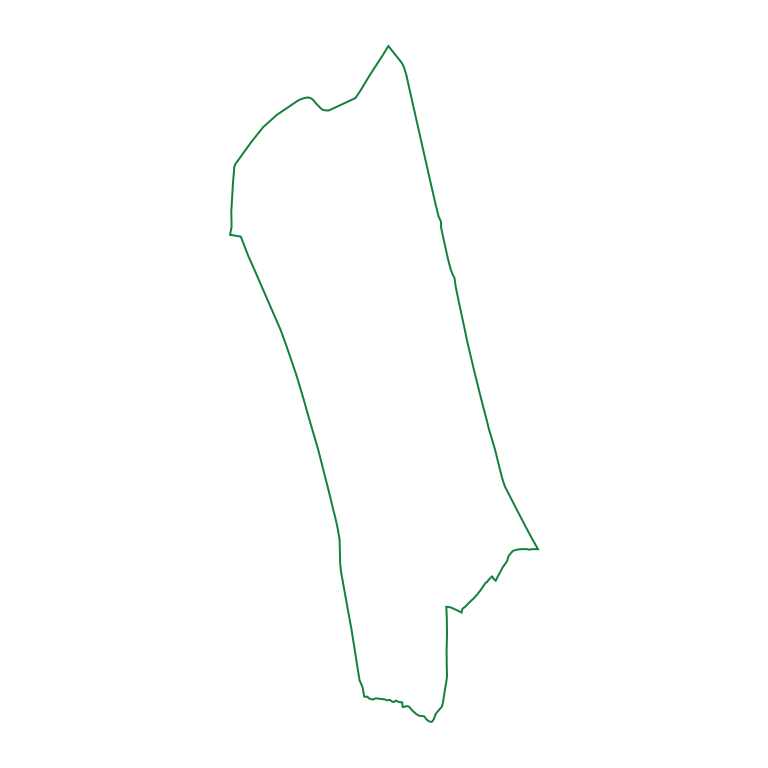 Tan Phu, Hồ Chí Minh city, Vietnam (Equal Earth projection)
{"feature_id": "81297802B97138813252769", "entity_name": "Tan Phu", "entity_type": "district", "adm_level": 2, "iso_a3": "VNM", "parent_name": "Vietnam", "parent_adm1": "Hồ Chí Minh city", "projection": "equal_earth", "projection_center": [106.631, 10.791], "detail": "fine", "context": "isolated", "style": "outline", "palette": "green", "viewbox_px": 768, "rotation_deg": 0, "n_neighbors": 0, "source": "geoboundaries", "source_scale": "gbopen_adm2", "svg_char_len": 2330}
<svg xmlns="http://www.w3.org/2000/svg" viewBox="0 0 768 768"><path d="M359.5,680.1L360.3,682.0L362.3,686.5L362.7,688.2L363.5,692.4L364.1,696.0L364.5,696.8L365.6,696.7L367.2,696.7L368.1,697.3L368.7,698.3L372.7,699.6L375.7,698.3L378.4,698.6L384.5,699.4L387.3,700.3L389.7,699.9L390.3,700.2L392.1,701.6L393.1,702.0L394.1,701.9L395.9,700.7L396.9,701.1L398.7,701.9L400.3,702.3L401.7,702.1L402.2,702.5L402.5,705.1L402.5,706.6L403.0,707.1L404.9,706.6L406.5,706.1L408.0,706.3L409.1,706.7L411.9,710.1L413.3,711.4L415.6,713.5L417.7,715.0L419.4,715.8L422.6,716.1L424.1,716.3L425.3,717.7L426.2,719.2L427.6,720.3L429.1,721.3L430.8,721.9L431.7,721.9L432.6,721.0L433.7,719.4L434.5,717.3L435.7,714.1L435.8,713.7L442.0,706.5L442.9,702.8L445.1,688.7L446.5,680.4L447.0,676.5L446.7,663.3L446.6,650.4L447.0,634.9L446.8,617.8L446.3,606.8L450.5,607.3L452.0,608.0L461.6,612.5L462.5,608.7L465.0,606.9L468.4,603.4L471.6,600.3L474.0,598.1L477.2,594.5L480.5,590.3L485.1,583.5L486.0,582.6L487.1,582.1L487.8,580.9L490.0,578.3L492.1,576.5L493.0,577.7L493.2,578.4L495.7,580.7L497.0,578.1L502.8,567.1L507.2,561.0L508.1,557.4L509.0,555.4L511.1,552.9L512.8,551.1L513.9,550.5L516.7,549.8L517.3,549.6L522.0,549.1L526.9,549.1L528.9,549.7L532.5,549.1L538.0,549.2L531.6,537.9L525.6,526.6L516.6,509.3L508.5,493.5L505.0,486.7L504.4,485.1L502.1,478.0L498.5,463.6L495.4,451.2L494.8,448.8L492.2,440.0L488.8,428.8L487.1,421.6L481.1,398.7L474.3,371.4L467.4,342.2L466.7,339.1L463.8,325.0L459.3,304.2L455.8,287.2L454.4,277.7L452.7,274.5L451.8,272.1L450.8,269.6L450.2,267.8L449.7,265.6L447.8,258.3L441.3,228.7L441.1,226.6L441.0,221.7L438.5,216.2L435.6,204.3L430.0,180.1L424.2,154.3L413.2,105.7L409.5,89.3L406.2,74.4L404.2,68.0L402.7,64.5L401.2,62.2L399.3,59.7L388.4,46.1L388.0,46.6L387.1,48.1L382.5,55.6L369.4,75.7L361.5,88.9L355.5,98.0L333.3,108.4L328.6,110.5L326.0,110.4L323.4,110.1L321.2,108.7L317.1,104.7L312.7,99.5L310.3,97.9L308.0,97.5L304.5,98.0L298.8,100.0L276.8,114.9L263.3,127.0L251.8,141.3L235.3,164.2L234.3,167.0L232.9,184.1L231.3,211.6L231.6,226.9L230.0,234.8L240.8,236.6L248.6,256.8L252.4,265.1L280.9,330.6L286.5,346.1L296.2,374.5L303.6,399.2L308.6,416.9L309.1,418.7L317.3,446.5L319.5,454.8L329.5,494.1L333.3,509.9L335.2,517.2L337.4,527.0L339.6,539.4L340.2,563.8L341.0,571.5L347.8,609.5L351.4,628.9L359.5,680.1Z" fill="none" stroke="#15803d" stroke-width="2"/></svg>